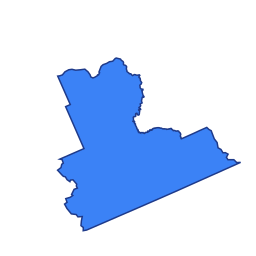 Wasco, Oregon, United States of America, rotated 336°
{"feature_id": "52423323B81291349676813", "entity_name": "Wasco", "entity_type": "district", "adm_level": 2, "iso_a3": "USA", "parent_name": "United States of America", "parent_adm1": "Oregon", "projection": "orthographic", "projection_center": [-120.965, 45.263], "detail": "fine", "context": "isolated", "style": "filled", "palette": "blue", "viewbox_px": 256, "rotation_deg": 336, "n_neighbors": 0, "source": "geoboundaries", "source_scale": "gbopen_adm2", "svg_char_len": 4714}
<svg xmlns="http://www.w3.org/2000/svg" viewBox="0 0 256 256"><g transform="rotate(336 128 128)"><path d="M45.3,203.6L48.7,204.4L127.7,205.2L149.3,205.3L216.9,205.2L213.3,203.8L211.8,200.0L206.4,197.6L206.0,194.8L208.8,192.6L206.9,190.1L204.7,189.3L204.2,185.4L202.2,182.7L203.5,177.5L202.4,173.0L202.9,164.3L201.3,162.2L200.2,159.5L199.2,159.5L195.0,159.5L192.2,159.5L186.1,159.6L183.3,159.6L178.8,159.6L174.4,159.6L172.5,159.6L172.2,159.3L172.3,159.1L172.3,158.6L172.5,158.4L172.6,158.2L172.5,157.9L172.6,157.5L172.4,157.2L172.5,156.7L172.7,156.3L173.0,156.0L173.2,155.7L173.4,155.6L173.5,155.4L173.6,155.1L173.7,154.7L173.6,154.0L173.6,153.7L173.6,153.4L173.4,153.1L173.2,152.9L173.1,152.5L173.0,151.8L173.0,151.5L172.9,151.3L172.6,151.2L172.2,151.0L171.8,150.6L171.3,150.7L170.7,150.4L170.2,150.0L169.9,149.5L169.5,149.2L169.1,149.0L168.7,149.0L168.3,148.8L168.3,148.4L168.2,148.1L167.9,147.8L167.7,147.4L167.5,147.1L167.3,146.9L167.5,146.7L167.5,146.3L167.2,145.9L166.7,145.8L166.2,145.7L165.8,145.7L165.3,145.5L164.9,145.7L164.6,145.4L164.0,145.4L163.9,145.3L163.5,145.2L163.3,145.0L163.0,144.8L162.8,144.8L162.7,144.9L162.5,144.7L162.3,144.3L161.7,144.0L161.3,143.9L160.8,143.4L160.5,143.3L160.3,143.4L160.0,143.2L159.7,143.0L159.3,142.8L159.1,142.7L158.9,142.3L158.6,141.8L158.2,141.6L157.8,141.4L157.6,141.2L157.3,141.0L157.2,141.1L157.0,140.9L156.8,140.6L156.6,140.4L156.4,140.3L156.1,140.1L155.6,140.1L155.2,139.8L154.9,139.6L154.7,139.5L154.1,139.5L153.4,139.2L153.0,139.3L152.7,139.0L152.3,138.9L152.2,139.1L151.9,139.0L151.7,138.8L151.1,138.7L150.4,138.7L150.2,139.1L149.8,139.3L149.4,139.5L149.0,139.6L148.8,139.6L148.7,139.2L148.8,139.1L148.6,138.8L148.2,139.0L147.9,139.3L147.4,139.1L147.4,138.8L147.2,138.7L147.1,139.0L146.7,139.3L146.5,139.2L146.3,139.4L146.2,139.6L145.9,139.5L145.8,139.3L145.6,139.2L145.4,139.2L145.1,139.2L144.8,138.9L144.5,139.1L144.5,139.4L144.7,139.5L144.7,139.8L144.3,139.9L143.9,139.8L143.4,139.6L143.0,139.5L142.5,139.2L142.0,139.2L141.5,139.5L141.2,139.3L140.9,139.4L140.8,139.6L140.6,139.6L140.4,139.3L140.1,138.8L140.0,138.5L139.7,138.6L139.3,138.3L139.2,138.0L138.5,137.7L138.1,137.5L137.6,137.4L137.5,137.6L137.3,137.2L136.8,137.0L136.4,136.9L136.5,136.5L136.5,136.1L136.3,136.1L135.9,135.9L135.9,135.6L136.2,135.5L136.0,135.1L136.0,134.8L136.3,134.5L136.4,134.1L136.0,133.9L135.9,133.7L136.0,133.4L136.2,133.2L136.2,132.9L136.0,132.7L135.8,132.2L136.0,131.7L136.1,131.2L136.1,130.6L136.0,129.9L136.0,128.5L135.9,128.0L136.4,127.5L136.2,126.8L135.9,126.5L135.9,125.8L136.3,125.4L136.6,125.1L136.5,124.3L135.8,124.3L135.6,124.4L135.2,124.0L135.4,123.8L136.0,123.4L136.6,122.1L137.2,120.3L138.2,120.0L138.8,120.5L139.9,120.3L140.2,119.5L140.5,118.5L140.9,118.0L141.7,118.0L141.9,118.1L142.2,118.3L142.1,118.7L142.0,119.1L142.0,119.7L142.6,120.4L143.6,120.4L144.4,119.2L145.1,117.9L145.5,117.4L145.5,116.5L144.9,116.0L144.5,115.9L145.7,115.6L146.2,116.1L147.0,116.3L147.2,116.1L147.1,115.1L146.3,114.3L146.3,113.8L147.2,113.4L148.0,113.4L148.7,112.7L148.7,112.2L148.9,111.0L150.0,110.9L151.1,110.8L151.2,110.0L151.2,109.4L151.5,108.5L152.6,107.0L153.2,106.1L153.8,105.6L154.3,106.0L154.7,106.3L155.1,106.2L155.4,105.7L155.2,105.0L155.0,104.2L155.2,103.3L155.3,102.5L155.4,101.6L155.8,100.6L155.8,100.1L155.7,99.6L156.5,99.4L157.1,99.4L157.4,98.7L156.8,98.3L155.8,97.6L155.4,96.2L155.9,95.1L156.0,94.1L156.8,93.4L157.7,93.3L158.3,92.8L159.0,92.1L158.8,91.0L158.6,90.1L158.7,89.5L159.1,88.4L159.3,87.3L158.8,86.7L158.7,86.0L159.1,85.4L159.8,85.0L160.2,84.7L159.9,84.0L159.5,83.9L159.1,83.9L158.4,83.7L158.1,83.6L157.4,83.2L156.8,82.8L156.4,82.3L155.4,81.7L154.4,81.9L154.1,82.0L153.4,81.9L153.0,80.9L152.6,79.6L151.9,79.3L151.3,78.9L151.1,77.9L150.8,77.5L150.3,76.7L150.0,75.9L150.1,75.4L150.4,75.0L150.4,74.5L150.4,73.9L150.7,73.0L151.2,72.3L151.7,71.3L151.6,70.7L151.2,69.8L150.7,69.3L150.1,68.9L149.7,68.2L149.9,67.5L150.4,66.8L150.6,65.8L150.4,65.0L150.3,64.8L149.9,64.2L149.4,63.2L149.3,62.9L149.2,62.0L145.7,59.3L144.6,59.3L141.6,60.6L140.9,60.7L138.0,59.9L134.8,60.3L131.0,60.0L128.5,60.8L124.2,65.1L124.5,66.0L123.9,66.4L123.2,67.0L122.7,67.5L121.8,67.1L121.0,67.8L118.3,68.1L116.3,68.0L114.8,66.2L115.0,64.0L114.3,60.4L112.5,56.7L108.1,55.4L103.7,53.9L100.7,51.6L97.6,50.7L93.3,51.0L89.7,52.8L87.0,52.6L84.9,52.0L84.8,83.1L79.7,83.1L79.4,128.9L53.0,128.7L54.9,130.0L54.6,133.8L52.7,134.2L50.7,136.9L46.5,137.9L48.5,143.9L49.3,145.9L50.9,147.1L51.3,150.4L53.1,153.4L54.2,152.2L56.6,152.9L58.3,158.4L57.2,160.0L57.3,162.3L53.8,162.1L49.4,165.8L50.1,167.2L47.1,167.8L42.4,167.2L42.1,171.1L39.1,171.7L39.5,176.8L41.3,183.4L45.5,186.0L46.1,188.8L50.2,190.3L47.7,193.8L45.3,198.1L46.7,200.7L45.3,203.6Z" fill="#3b82f6" stroke="#1e3a8a" stroke-width="1.5"/></g></svg>